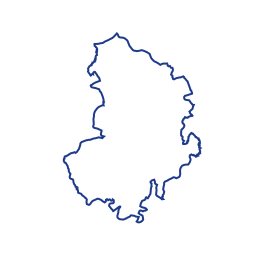 the district of Bo, Southern, Sierra Leone, rotated 337°
{"feature_id": "65957751B93581480515289", "entity_name": "Bo", "entity_type": "district", "adm_level": 2, "iso_a3": "SLE", "parent_name": "Sierra Leone", "parent_adm1": "Southern", "projection": "mercator", "projection_center": [-11.769, 7.985], "detail": "fine", "context": "isolated", "style": "outline", "palette": "blue", "viewbox_px": 256, "rotation_deg": 337, "n_neighbors": 0, "source": "geoboundaries", "source_scale": "gbopen_adm2", "svg_char_len": 5885}
<svg xmlns="http://www.w3.org/2000/svg" viewBox="0 0 256 256"><g transform="rotate(337 128 128)"><path d="M169.2,185.2L171.7,183.5L172.8,182.2L173.4,181.2L173.5,178.6L174.3,177.3L176.0,177.1L176.7,178.2L177.9,178.4L178.1,179.3L178.8,179.6L179.0,180.5L179.3,181.0L179.7,181.0L179.7,180.5L180.5,180.0L180.6,180.7L181.5,180.7L181.9,180.9L182.2,179.5L183.4,179.6L183.7,178.9L184.6,179.3L185.1,177.5L185.5,177.3L185.4,175.7L186.2,174.9L186.8,174.8L185.9,173.7L186.2,173.1L186.9,172.7L186.3,172.1L186.3,171.7L187.1,171.3L186.5,170.7L187.2,169.7L187.8,170.0L188.5,169.9L189.0,167.2L188.5,167.0L188.4,166.4L188.9,165.9L188.9,165.2L188.3,165.1L187.7,164.0L187.4,163.1L187.0,163.1L186.6,162.6L186.5,160.9L185.9,159.9L185.6,158.6L185.0,158.5L184.6,157.4L183.7,157.5L183.1,158.0L182.2,158.2L180.8,159.5L180.0,159.9L180.0,160.7L179.1,161.7L178.9,162.7L177.6,163.1L177.1,163.7L177.4,164.0L176.8,164.2L176.8,164.9L176.1,165.2L174.4,165.0L173.4,164.8L172.5,164.2L172.7,163.3L174.5,161.7L173.7,160.5L173.9,159.0L174.8,157.6L174.5,156.5L174.0,155.7L175.3,152.5L176.6,150.4L178.1,150.0L179.6,149.2L180.7,148.1L181.0,146.6L180.2,145.1L180.5,144.3L180.3,143.9L180.8,142.9L181.6,142.2L182.4,141.9L182.8,141.2L184.1,141.0L184.7,140.3L185.4,141.0L185.8,141.1L186.1,141.5L187.0,141.9L187.8,141.4L189.4,141.5L190.9,141.2L191.5,142.0L192.1,141.9L191.9,140.7L191.2,139.6L191.0,138.7L191.0,136.9L194.8,135.6L196.5,133.4L197.5,132.5L196.9,132.3L196.3,131.6L196.3,130.6L195.8,129.8L195.2,126.5L192.3,124.7L191.4,123.7L191.4,122.3L191.9,121.3L193.2,120.6L194.6,120.9L200.4,121.4L200.7,120.9L200.6,119.4L200.9,118.2L200.3,117.3L200.6,115.9L201.0,108.2L200.5,107.2L199.8,104.6L199.3,103.8L199.5,102.9L199.0,102.0L196.9,102.1L194.8,101.5L191.9,101.0L189.4,101.2L188.6,100.4L188.9,98.9L188.7,98.5L189.3,97.3L188.5,95.7L189.9,94.1L191.5,92.9L192.3,91.4L192.4,90.0L191.1,89.3L190.8,87.3L189.4,87.0L188.9,86.1L189.2,85.1L189.2,83.9L187.0,83.1L186.1,82.6L184.3,82.3L182.4,82.5L180.8,79.8L178.1,76.7L176.8,73.3L176.7,71.2L176.9,68.3L175.2,65.8L172.9,63.3L171.2,61.8L166.6,60.9L163.7,59.1L162.9,58.1L161.5,53.1L161.6,47.2L160.1,44.3L158.7,42.9L156.0,41.5L155.1,40.4L155.1,37.8L154.7,36.6L151.2,38.2L148.9,39.0L143.7,39.4L140.6,39.4L138.6,39.8L137.8,39.8L135.4,39.2L133.5,38.9L130.0,37.6L129.6,38.4L129.4,39.4L130.1,40.6L130.0,41.1L130.5,42.0L130.5,43.3L129.9,43.6L129.6,43.9L129.9,44.3L129.4,45.5L128.6,45.4L128.3,45.7L128.7,46.4L128.3,47.1L128.0,48.7L127.0,48.8L126.6,49.1L125.6,50.4L125.7,50.8L125.1,52.1L124.8,52.2L124.7,51.6L124.2,51.9L124.1,52.5L124.4,52.9L124.2,53.3L123.9,53.3L123.9,52.8L123.5,52.9L123.4,53.4L123.6,53.7L123.3,54.0L122.2,53.8L121.0,54.5L120.7,54.1L120.2,54.8L119.7,54.8L119.5,55.0L119.3,55.7L118.9,56.0L118.2,55.7L118.0,56.0L116.8,56.0L115.0,57.2L114.4,57.8L114.1,59.4L113.2,60.4L114.0,64.4L114.0,64.9L114.2,65.2L115.5,64.4L116.4,64.5L116.8,64.9L116.9,64.2L118.0,63.4L118.9,63.1L119.6,63.7L119.5,64.4L120.0,65.4L120.3,68.2L121.0,70.7L120.7,73.6L115.5,73.4L112.6,73.8L111.5,74.2L110.6,74.1L110.2,74.5L110.3,75.9L110.7,76.5L113.5,78.4L116.6,81.1L116.5,83.3L117.1,84.8L117.0,88.8L116.8,91.1L116.3,93.3L115.5,94.2L115.9,94.7L115.5,94.9L115.5,95.3L115.1,95.4L114.8,95.9L114.5,96.6L114.4,97.6L113.7,97.2L113.0,97.1L109.1,97.2L107.0,98.0L104.0,99.8L102.0,102.1L101.2,104.0L99.7,106.2L98.0,111.1L96.5,113.0L96.4,113.6L97.0,114.7L99.6,116.6L102.7,120.0L102.5,120.5L100.9,122.5L100.5,123.8L100.6,124.5L101.2,125.3L102.6,126.4L101.1,126.9L100.5,127.3L97.3,125.1L94.4,124.8L92.0,124.2L88.8,124.1L87.4,123.6L84.6,123.0L79.8,122.8L79.0,123.1L78.2,123.6L77.4,125.0L74.8,128.0L71.5,130.1L70.6,130.3L69.9,130.3L69.4,129.4L67.8,129.4L67.3,129.2L65.1,128.9L64.2,129.3L63.4,129.2L62.9,129.5L60.7,129.6L60.4,129.9L58.8,129.5L58.2,129.9L57.6,131.4L56.9,131.4L56.0,133.3L56.2,133.8L56.1,135.0L56.5,135.4L56.9,135.6L57.2,136.3L57.2,137.6L57.6,139.2L57.1,141.7L57.4,142.7L56.8,144.1L56.6,144.9L56.7,146.3L57.1,147.7L55.4,149.9L55.1,150.5L55.0,151.5L55.5,152.4L57.1,153.7L57.2,154.5L56.6,156.9L56.5,158.7L56.9,159.8L56.8,161.7L57.6,162.0L58.1,162.7L58.2,163.1L58.2,163.5L56.8,164.0L56.8,164.4L57.6,165.6L57.5,166.4L57.0,167.2L56.9,167.9L57.0,168.3L59.3,170.4L59.4,171.8L60.9,174.3L61.2,175.4L61.8,176.1L62.0,176.8L62.1,177.9L61.4,178.9L60.6,180.7L60.4,182.0L62.0,183.5L62.8,183.5L66.2,181.6L67.1,181.3L72.4,181.2L73.6,182.0L75.4,184.0L76.1,185.6L77.5,187.4L78.8,187.0L79.8,185.4L80.7,185.3L81.1,185.5L81.5,186.7L82.7,186.5L83.3,186.6L83.6,187.0L84.0,188.2L84.5,188.5L85.6,188.4L86.0,187.8L86.6,188.7L86.5,189.4L85.8,191.0L84.8,191.4L82.8,190.7L82.1,190.6L81.4,190.7L80.4,191.8L80.2,192.4L81.2,196.2L81.7,197.1L81.9,198.7L82.7,198.6L87.9,197.3L89.7,197.0L90.1,197.3L89.7,197.9L88.1,198.7L86.6,200.8L86.1,202.0L84.3,204.1L83.7,205.1L83.4,206.4L83.9,207.6L84.8,208.7L87.5,210.3L89.3,210.6L90.4,210.4L90.9,210.6L92.5,210.3L94.9,210.3L96.5,209.5L98.6,210.7L99.7,211.4L100.4,212.4L103.1,214.1L100.7,216.6L99.4,217.5L100.3,218.7L102.0,219.4L103.0,219.4L104.9,219.0L106.2,218.2L107.1,214.6L106.6,213.6L105.3,212.2L104.5,210.6L105.5,209.5L106.2,208.9L107.1,208.7L108.6,209.8L109.1,210.5L110.6,210.4L111.4,210.8L113.1,210.8L113.5,210.4L113.0,209.0L112.2,208.1L110.0,206.5L108.7,204.8L110.2,202.6L112.6,200.6L115.0,200.7L116.1,200.5L116.8,199.4L117.7,198.9L118.8,200.4L122.9,197.4L125.4,192.8L126.2,191.6L127.0,191.0L127.3,189.5L128.0,188.3L127.5,187.5L127.6,186.4L129.5,185.6L131.9,185.8L131.9,187.5L131.3,189.2L131.5,190.3L132.6,191.6L131.2,193.2L130.5,194.5L130.0,196.4L127.8,200.3L128.1,201.7L130.7,205.3L131.4,206.9L132.6,207.2L132.0,205.8L132.5,205.5L132.5,204.9L133.4,204.6L133.6,203.5L134.9,202.8L136.4,200.9L136.4,198.1L137.0,197.4L137.5,196.3L139.0,194.5L139.8,192.6L140.9,191.8L144.3,191.8L144.8,191.5L148.4,191.4L150.6,191.1L151.9,192.0L152.8,193.1L155.5,193.1L156.6,192.8L158.2,190.6L158.7,188.9L159.9,186.4L160.9,185.3L163.0,183.9L165.5,183.9L168.4,184.8L169.2,185.2Z" fill="none" stroke="#1e3a8a" stroke-width="2"/></g></svg>